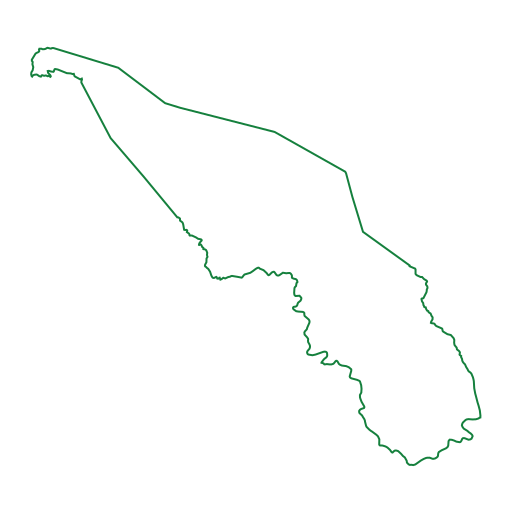 Minas de Oro, Comayagua, Honduras (Mercator projection), rotated 179°
{"feature_id": "27666195B38768397518774", "entity_name": "Minas de Oro", "entity_type": "district", "adm_level": 2, "iso_a3": "HND", "parent_name": "Honduras", "parent_adm1": "Comayagua", "projection": "mercator", "projection_center": [-87.461, 14.895], "detail": "fine", "context": "isolated", "style": "outline", "palette": "green", "viewbox_px": 512, "rotation_deg": 179, "n_neighbors": 0, "source": "geoboundaries", "source_scale": "gbopen_adm2", "svg_char_len": 5924}
<svg xmlns="http://www.w3.org/2000/svg" viewBox="0 0 512 512"><g transform="rotate(179 256 256)"><path d="M469.0,467.0L469.4,466.1L469.1,464.7L469.3,464.3L470.0,463.7L472.0,462.8L472.9,462.2L476.7,456.2L476.7,455.0L476.1,454.3L475.9,453.8L476.2,451.6L475.4,448.7L476.1,445.5L477.3,443.7L477.5,442.9L477.6,441.3L477.1,439.6L476.7,439.3L476.4,439.8L475.5,440.7L474.2,441.1L472.4,441.3L471.5,441.0L469.6,439.6L468.1,439.1L467.9,439.1L467.2,440.3L466.7,440.5L464.7,439.9L462.9,440.2L461.2,439.4L460.1,439.7L458.5,438.7L458.1,439.1L458.2,439.7L458.7,440.6L460.3,442.2L460.5,442.7L460.7,442.9L461.0,444.6L460.5,444.7L459.7,444.7L457.6,444.0L455.4,443.7L455.0,444.0L454.2,446.1L453.8,446.4L453.2,446.4L450.9,445.9L441.9,442.1L438.1,441.8L436.1,441.1L435.0,441.3L434.4,439.2L434.0,438.7L428.9,435.8L428.4,435.8L427.1,436.4L426.9,435.5L427.0,435.1L427.4,434.9L427.6,432.5L399.3,376.4L366.7,337.0L334.0,296.0L333.2,296.0L332.6,295.7L331.4,294.8L331.3,292.7L329.1,291.0L328.6,290.1L328.2,288.6L327.4,283.5L326.4,283.2L325.3,283.4L324.6,283.1L324.3,282.5L324.7,281.1L322.6,279.6L322.2,278.8L322.1,277.8L321.9,277.6L319.7,277.6L315.6,275.6L313.6,274.2L310.7,273.6L310.2,273.1L310.0,272.8L310.1,272.4L312.1,270.2L312.7,268.9L312.8,268.1L312.6,268.0L312.0,268.3L311.2,268.5L310.8,268.3L310.2,267.4L309.7,266.0L308.5,265.1L308.5,263.8L308.2,263.7L307.1,263.6L305.9,262.9L305.4,262.0L304.7,260.0L305.0,258.1L304.8,256.9L304.5,256.0L305.5,254.4L305.7,250.6L307.0,248.3L307.2,247.5L307.2,246.9L306.9,246.4L306.3,246.1L305.2,244.9L304.0,244.0L302.2,241.1L301.0,237.3L300.3,235.9L299.8,235.2L299.1,234.8L298.3,234.8L296.1,235.8L295.7,235.5L295.1,234.1L294.3,234.0L293.4,234.2L293.1,234.9L292.7,235.0L292.0,233.0L290.8,233.5L289.1,234.8L287.2,234.1L284.0,235.5L282.5,235.7L281.3,236.3L280.4,236.5L274.9,235.5L270.7,234.6L270.1,235.0L268.6,236.9L267.8,237.7L262.0,239.3L259.5,240.9L256.5,243.1L254.9,244.0L253.9,244.3L253.2,244.1L252.4,243.3L248.7,241.7L245.6,238.7L244.5,237.1L243.8,236.6L242.9,236.9L240.4,239.3L239.0,239.9L238.3,239.9L237.8,239.5L235.8,236.6L235.3,236.3L234.6,236.1L233.8,236.1L233.0,236.4L229.4,238.8L226.0,238.2L224.2,238.4L222.5,238.4L221.5,237.7L220.6,236.3L220.4,235.4L220.5,234.1L220.3,233.5L218.8,232.7L216.6,232.2L215.8,231.5L215.4,230.9L215.0,229.3L215.2,228.9L215.7,228.6L216.0,228.1L216.5,225.3L217.7,224.1L218.1,223.2L218.5,218.5L218.3,216.6L217.8,215.8L217.1,215.3L213.2,215.5L211.5,213.5L211.4,212.6L211.7,211.6L212.3,210.5L214.7,208.6L215.2,207.6L215.6,206.2L216.4,205.1L217.7,204.6L218.7,204.6L219.3,204.4L219.8,203.9L219.9,203.2L219.7,202.6L219.4,202.1L216.8,200.1L214.6,199.7L210.2,199.3L209.2,198.8L208.7,198.1L208.7,196.3L208.4,195.2L204.4,191.6L203.8,190.6L203.6,189.4L203.8,188.3L206.0,183.5L206.5,181.8L208.5,179.7L209.0,178.6L208.8,176.6L206.4,173.9L205.4,172.4L205.3,171.9L205.5,170.4L205.3,168.9L204.0,166.5L203.6,165.2L203.6,164.0L204.1,162.4L206.0,160.3L206.5,159.4L206.6,158.5L206.3,157.5L205.9,156.9L205.1,156.5L201.3,155.8L198.2,156.4L190.4,159.0L189.0,159.2L187.8,159.0L187.1,158.5L186.7,157.8L186.5,155.6L186.7,154.6L187.5,153.4L189.3,152.1L190.2,151.2L192.3,148.5L192.4,148.1L190.4,147.5L189.6,146.5L189.2,146.4L187.0,146.7L184.2,146.3L182.4,146.3L180.5,146.9L179.7,147.7L178.3,149.4L177.7,149.8L177.1,149.8L176.3,149.1L175.0,146.7L173.9,145.8L172.1,145.0L167.7,144.3L166.8,143.9L165.2,143.2L162.8,141.1L162.7,140.5L162.8,139.4L164.3,134.4L164.4,133.8L164.1,133.0L163.6,132.5L162.7,132.0L157.1,130.4L154.7,129.3L154.2,128.6L153.1,124.9L152.8,121.3L153.0,119.0L153.1,117.6L154.5,115.2L154.5,112.9L154.1,111.4L153.0,108.4L150.4,103.7L150.3,102.9L150.7,102.1L153.5,101.2L154.8,100.4L155.6,99.2L155.5,97.8L155.3,97.2L154.1,96.0L152.6,94.6L152.3,93.8L150.5,90.9L150.0,89.5L149.9,88.5L148.9,84.3L148.4,83.2L145.6,80.3L144.1,79.1L143.0,78.4L138.8,75.2L137.2,73.6L135.9,70.6L136.1,65.5L135.7,64.6L135.2,64.4L132.8,64.3L129.8,63.3L128.4,62.5L127.6,61.9L125.4,59.8L124.0,57.7L123.2,57.1L122.9,57.1L121.3,58.6L120.3,59.1L118.9,59.0L117.2,58.4L114.4,55.7L112.6,53.5L110.7,52.0L108.9,48.6L108.7,46.8L107.1,45.1L106.1,44.5L104.0,44.5L102.4,44.2L100.3,44.8L94.6,48.7L91.8,50.2L89.5,51.1L88.3,51.3L85.9,51.3L83.1,50.2L82.4,50.1L80.6,50.4L79.1,51.2L78.1,52.0L77.6,52.8L77.2,55.7L76.6,56.8L73.8,58.5L69.4,60.4L68.6,61.0L67.7,61.8L67.1,63.1L66.7,67.5L66.2,68.3L65.5,69.0L63.4,68.8L61.1,68.0L58.9,66.9L55.7,66.3L55.0,66.4L54.5,66.8L53.8,67.8L53.0,69.6L52.1,70.3L50.6,70.2L46.7,68.6L44.9,68.9L43.7,69.6L42.6,71.9L42.7,72.7L43.1,73.4L44.4,74.8L46.4,76.2L47.6,77.4L51.3,79.8L52.6,81.7L53.1,83.2L52.6,84.9L52.0,85.9L49.4,88.3L48.3,88.9L46.4,89.2L42.4,88.8L39.1,88.9L36.9,89.5L36.1,89.8L35.4,90.4L34.5,90.6L34.4,92.5L34.9,97.7L36.1,102.6L37.0,105.6L38.5,111.9L39.2,114.6L40.1,119.9L40.4,127.1L40.7,128.8L41.2,130.9L42.7,134.6L43.8,135.9L44.8,136.5L45.8,137.6L46.5,139.2L47.8,141.3L48.9,144.0L50.1,145.2L51.1,146.6L51.6,147.8L51.8,149.5L52.7,151.4L52.6,152.5L53.8,153.3L54.2,153.8L53.8,155.9L54.0,156.5L54.7,157.5L56.7,159.1L57.0,160.9L58.6,162.9L59.1,163.7L59.4,165.8L59.2,168.6L59.8,170.3L60.2,170.8L62.6,173.6L66.0,174.5L70.1,177.1L70.6,177.6L71.1,180.0L71.4,180.3L76.9,182.8L77.8,183.6L78.5,184.8L79.3,185.4L81.8,185.8L82.3,186.1L82.0,187.3L80.6,189.6L80.5,191.6L81.6,193.2L82.4,195.4L84.3,196.7L84.5,197.1L84.7,197.9L85.9,198.4L86.8,200.0L87.2,201.7L88.4,201.9L88.7,202.2L88.9,203.1L89.4,203.9L89.7,206.1L90.8,207.7L91.3,210.0L91.2,210.4L90.9,210.6L89.6,210.8L89.3,211.0L86.2,216.8L85.9,218.2L85.8,219.6L85.2,220.7L85.1,221.7L85.3,222.7L86.5,224.4L86.6,225.1L86.4,225.9L85.4,227.4L85.5,227.9L86.0,228.5L88.4,230.0L90.3,232.1L91.8,232.1L95.3,233.8L96.3,234.6L96.8,235.4L96.7,239.7L97.1,240.6L102.3,242.9L102.8,243.4L102.6,243.9L148.6,278.3L158.6,313.4L164.5,337.1L165.3,338.7L235.2,379.7L329.2,405.5L344.2,410.4L390.4,446.6L454.7,467.4L456.2,467.5L457.2,467.0L457.9,467.0L460.8,467.8L461.6,467.5L462.8,466.8L464.1,466.5L465.9,466.5L466.9,467.0L469.0,467.0Z" fill="none" stroke="#15803d" stroke-width="2"/></g></svg>